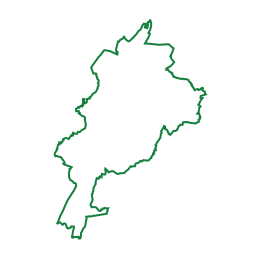 Campulung, Arges, Romania, rotated 354°
{"feature_id": "2599482B28954642514421", "entity_name": "Campulung", "entity_type": "district", "adm_level": 2, "iso_a3": "ROU", "parent_name": "Romania", "parent_adm1": "Arges", "projection": "albers", "projection_center": [25.046, 45.256], "detail": "fine", "context": "isolated", "style": "outline", "palette": "green", "viewbox_px": 256, "rotation_deg": 354, "n_neighbors": 0, "source": "geoboundaries", "source_scale": "gbopen_adm2", "svg_char_len": 5742}
<svg xmlns="http://www.w3.org/2000/svg" viewBox="0 0 256 256"><g transform="rotate(354 128 128)"><path d="M97.9,211.0L98.4,209.0L99.1,208.3L99.2,206.6L99.8,205.8L98.1,205.8L96.9,205.0L95.8,205.6L94.6,205.3L94.1,206.4L92.8,206.2L92.2,207.5L90.8,207.5L90.3,207.1L89.7,205.9L87.9,203.6L86.4,203.1L83.5,203.0L83.4,202.0L82.8,201.3L82.7,200.9L82.8,199.8L85.1,196.5L85.3,195.7L85.1,194.1L85.3,193.0L85.1,191.6L85.1,190.1L86.2,189.1L86.2,187.9L86.8,187.3L87.6,183.6L89.9,180.5L90.1,179.5L89.9,178.9L91.7,174.6L93.4,175.4L94.4,174.9L94.5,174.2L94.3,173.7L94.8,173.4L94.9,173.8L95.3,173.7L95.6,173.2L96.6,173.0L96.8,173.4L97.3,170.9L99.3,171.7L100.5,171.8L101.3,169.7L101.1,168.6L101.0,166.7L101.2,166.1L103.5,168.8L104.0,170.0L107.3,169.2L108.8,169.5L111.2,171.6L113.3,172.8L114.8,172.2L118.4,172.4L120.0,172.2L120.6,171.4L124.2,169.0L126.5,166.4L127.0,166.4L127.8,167.0L129.1,166.5L130.9,166.8L131.4,165.9L131.3,164.9L131.5,164.7L132.4,164.0L134.9,163.7L136.7,162.1L137.4,162.0L137.9,162.7L138.6,162.7L140.1,161.5L142.9,162.3L145.1,162.4L147.5,160.3L147.9,160.3L147.8,159.9L148.7,158.4L149.1,158.4L149.9,157.5L150.2,156.0L151.2,156.2L151.1,155.7L151.5,155.0L151.5,153.3L152.2,153.0L153.4,153.1L153.3,151.6L152.9,151.2L154.3,148.9L153.6,147.8L154.3,147.3L154.8,146.2L159.3,140.9L159.4,140.0L159.9,138.5L160.0,137.4L161.0,136.4L160.9,135.7L160.5,134.9L163.3,131.2L164.1,129.8L165.0,130.5L164.8,130.9L164.9,131.4L164.2,131.3L164.6,132.7L164.9,133.1L165.5,133.1L166.2,133.6L167.1,135.1L167.0,135.8L167.3,136.1L167.8,137.1L167.8,138.0L168.4,138.1L168.6,138.7L169.3,139.3L173.1,135.6L174.8,135.9L176.6,135.1L176.5,134.9L176.7,134.4L177.2,134.1L178.2,132.4L178.5,131.4L179.5,131.2L180.4,130.1L180.7,130.0L182.5,130.6L183.4,128.1L186.9,128.1L186.9,128.4L187.2,128.4L188.9,128.6L189.7,129.2L196.0,130.6L197.4,129.6L198.9,129.4L199.2,128.9L199.1,127.2L199.9,127.1L199.9,126.8L200.6,126.3L200.5,126.1L200.8,125.2L200.4,124.7L200.7,124.3L201.0,124.3L200.5,122.7L200.3,121.1L198.5,121.0L199.9,119.3L200.6,117.4L200.9,115.3L202.4,114.2L202.1,113.6L200.4,112.3L201.8,110.5L203.0,108.4L205.2,106.0L203.3,105.7L203.6,103.8L208.9,102.7L208.1,101.5L208.2,99.8L207.0,99.2L205.9,98.2L206.3,97.4L206.6,96.5L206.6,96.0L206.2,95.8L205.3,96.0L203.8,97.2L202.3,97.7L202.1,97.7L201.6,96.6L200.5,96.6L198.3,97.3L197.5,95.3L197.0,94.7L196.9,93.8L196.0,92.9L195.8,92.4L196.2,92.5L196.1,91.3L195.5,91.0L195.0,89.4L194.5,89.3L193.4,87.8L193.3,86.7L191.3,85.6L190.3,85.3L188.7,85.4L187.6,84.6L186.3,84.8L184.4,84.3L184.2,84.0L183.1,83.8L182.7,83.4L181.1,83.2L180.6,82.5L178.5,81.8L178.3,80.7L178.5,80.1L177.2,78.6L176.9,77.9L177.3,77.6L175.0,76.2L174.6,75.3L173.9,74.8L173.7,74.1L173.0,74.1L173.5,73.7L172.4,73.0L173.7,72.2L176.7,71.0L178.9,69.3L180.8,67.3L178.5,63.9L178.2,63.1L178.1,61.7L178.3,60.8L177.8,60.7L179.6,57.9L181.2,54.9L181.7,53.5L180.6,52.8L177.9,49.5L176.9,48.9L167.6,48.5L156.3,46.1L153.7,45.8L158.0,39.7L159.3,37.3L159.6,36.3L158.3,35.7L160.3,32.6L161.5,29.6L162.0,26.7L161.5,23.2L161.3,23.2L161.3,23.8L160.9,23.8L160.7,24.8L159.3,24.5L158.7,25.2L158.7,27.3L158.3,28.0L158.0,30.0L157.6,30.7L155.4,29.8L155.6,29.2L155.9,29.3L156.2,28.3L155.9,28.2L156.5,27.6L156.6,26.3L155.6,26.3L154.8,25.8L153.1,27.4L152.3,29.3L151.7,29.9L150.8,31.4L148.6,32.7L145.8,35.9L144.3,37.1L142.8,38.7L142.5,38.6L138.8,41.6L138.0,41.9L137.5,41.8L136.7,41.2L136.2,41.0L134.0,38.2L133.9,36.9L133.6,36.7L133.3,36.8L132.5,38.0L131.5,38.9L129.5,39.4L128.2,41.2L127.1,40.9L124.2,48.9L124.5,51.6L125.0,51.6L125.0,50.9L125.6,51.1L125.4,52.7L125.0,53.8L118.2,49.7L112.7,48.1L111.8,48.8L108.4,52.5L106.1,54.4L104.4,56.3L97.7,63.9L99.3,70.3L100.6,70.2L102.1,70.7L101.8,72.1L102.0,72.8L102.4,73.1L102.4,74.4L102.7,75.2L102.5,75.7L103.5,77.0L103.8,77.9L103.6,78.6L103.7,79.1L102.7,80.2L103.1,80.8L103.3,81.7L103.0,83.2L102.0,84.4L101.9,85.6L101.1,86.4L100.7,87.5L99.9,88.5L98.7,89.4L96.4,90.4L95.7,91.5L94.3,93.0L93.4,93.1L93.0,93.4L92.7,94.0L93.0,94.7L89.7,94.9L89.6,95.1L90.1,95.7L90.1,96.1L89.7,97.8L89.4,98.3L87.8,99.0L87.2,98.9L87.3,97.2L87.0,96.6L87.3,94.7L86.3,94.4L86.1,95.1L86.0,98.0L85.5,99.0L85.8,100.7L84.9,100.7L84.6,101.7L83.5,101.0L83.2,101.1L82.0,102.4L81.7,101.9L80.9,101.8L80.8,102.3L78.3,103.5L78.2,105.9L80.7,106.0L81.0,107.5L80.7,107.9L81.6,108.0L81.4,109.2L82.4,109.8L83.4,111.1L85.5,112.0L86.2,112.7L86.3,113.5L86.0,114.4L86.0,115.8L86.3,117.6L86.1,119.0L86.6,120.2L85.9,121.7L85.5,123.5L84.9,124.1L81.8,125.2L79.6,127.0L77.9,126.6L76.6,128.5L74.2,127.9L72.9,126.9L72.5,127.4L72.6,128.0L72.9,128.4L72.7,128.5L72.5,129.6L71.9,129.3L71.8,129.6L71.0,129.9L70.6,129.5L67.9,132.8L65.8,131.6L65.1,131.4L64.2,131.6L62.3,132.4L62.7,133.3L61.3,134.2L61.1,135.1L60.8,135.2L60.2,135.0L59.9,136.0L58.1,135.2L58.3,137.0L57.8,136.8L57.0,137.0L56.4,138.0L55.8,140.2L55.2,141.0L55.5,141.1L55.5,141.6L52.7,145.4L52.4,146.5L52.4,147.4L52.8,148.5L54.7,148.4L55.7,149.2L58.2,149.9L59.6,152.5L60.3,153.4L61.2,155.5L61.4,156.2L60.0,156.8L60.8,157.7L67.9,161.0L66.6,162.4L65.5,162.7L65.6,164.0L65.2,164.5L64.5,166.4L64.3,171.1L65.0,172.8L65.0,173.4L66.7,174.7L68.0,176.1L68.2,176.9L70.1,177.5L70.4,179.2L70.4,180.5L69.8,181.0L68.3,183.7L61.1,192.6L58.3,197.0L54.2,204.3L51.8,207.8L50.0,211.2L49.8,212.0L49.3,212.5L48.6,214.3L47.1,215.9L50.4,214.7L52.9,217.4L54.1,216.3L55.4,216.4L56.0,217.1L57.0,221.0L57.9,221.7L58.7,221.6L59.9,221.0L60.4,221.2L60.7,220.6L61.4,219.9L64.0,220.5L63.0,223.8L62.5,224.9L61.3,229.6L61.1,229.6L60.8,230.6L61.4,230.9L61.4,231.2L62.0,231.3L62.1,231.0L62.5,230.8L67.2,231.2L67.4,232.7L68.0,232.8L67.9,231.4L69.2,232.3L69.6,231.6L70.0,230.1L70.1,228.6L70.4,227.3L71.5,226.0L71.8,225.1L73.3,222.9L74.8,221.8L75.6,219.6L76.6,215.9L77.3,214.3L77.2,211.9L80.9,211.8L81.0,212.0L82.7,212.0L84.8,211.6L85.6,211.8L97.9,211.0Z" fill="none" stroke="#15803d" stroke-width="2"/></g></svg>